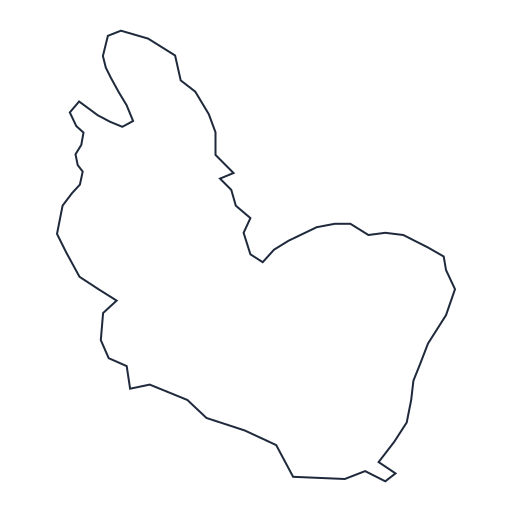 Petra, Cyprus (orthographic projection)
{"feature_id": "46923920B47303866383678", "entity_name": "Petra", "entity_type": "district", "adm_level": 2, "iso_a3": "CYP", "parent_name": "Cyprus", "parent_adm1": "", "projection": "orthographic", "projection_center": [32.906, 35.122], "detail": "fine", "context": "isolated", "style": "outline", "palette": "slate", "viewbox_px": 512, "rotation_deg": 0, "n_neighbors": 0, "source": "geoboundaries", "source_scale": "gbopen_adm2", "svg_char_len": 1048}
<svg xmlns="http://www.w3.org/2000/svg" viewBox="0 0 512 512"><path d="M62.6,205.6L57.0,233.9L66.0,252.0L79.5,276.8L98.6,289.3L116.6,300.6L103.1,313.0L100.8,340.1L108.7,358.2L126.7,366.1L130.1,388.7L149.7,384.6L187.4,400.0L206.5,418.0L244.8,430.5L276.2,445.1L293.1,476.8L344.8,479.0L365.1,471.1L385.3,481.3L395.5,473.4L378.6,462.1L394.3,441.7L406.7,422.5L411.2,399.9L413.4,380.7L420.2,363.8L428.0,343.5L446.0,315.2L455.0,289.2L446.0,270.0L443.7,256.5L428.0,247.5L414.5,240.7L403.3,235.0L385.3,232.8L368.4,235.0L350.4,223.8L334.7,223.8L316.7,227.2L288.6,240.7L274.0,249.7L262.7,262.2L250.4,254.3L243.6,232.8L250.4,218.1L235.8,205.7L231.3,189.9L220.0,178.6L233.5,173.0L215.5,154.9L215.5,132.3L208.8,114.2L195.3,91.7L180.7,80.4L175.1,55.5L148.1,38.6L120.9,30.7L107.9,35.8L102.9,56.0L105.8,67.6L110.8,77.7L118.7,92.1L126.6,105.2L133.1,121.0L122.3,126.8L110.1,121.8L97.8,115.3L79.1,101.5L69.8,112.4L76.3,126.1L83.5,132.6L81.3,144.9L75.5,154.3L77.7,165.1L82.7,171.6L79.9,184.6L71.9,193.3L62.6,205.6Z" fill="none" stroke="#1e293b" stroke-width="2"/></svg>